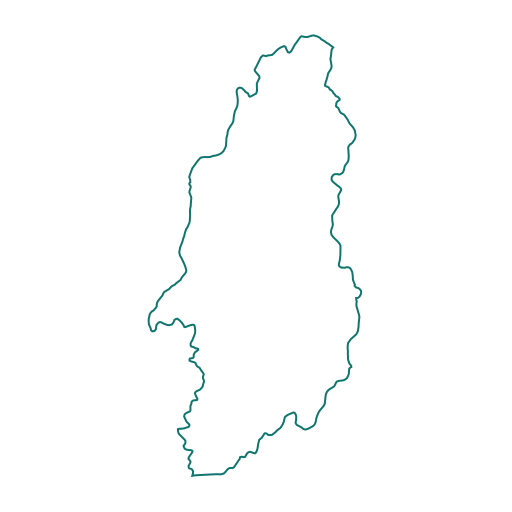 Tomé-Açu, Pará, Brazil (orthographic projection), rotated 172°
{"feature_id": "56859067B82195789600359", "entity_name": "Tomé-Açu", "entity_type": "district", "adm_level": 2, "iso_a3": "BRA", "parent_name": "Brazil", "parent_adm1": "Pará", "projection": "orthographic", "projection_center": [-48.263, -2.66], "detail": "fine", "context": "isolated", "style": "outline", "palette": "teal", "viewbox_px": 512, "rotation_deg": 172, "n_neighbors": 0, "source": "geoboundaries", "source_scale": "gbopen_adm2", "svg_char_len": 6063}
<svg xmlns="http://www.w3.org/2000/svg" viewBox="0 0 512 512"><g transform="rotate(172 256 256)"><path d="M163.3,218.9L162.9,224.0L163.0,226.9L163.8,229.5L164.5,230.8L165.4,231.6L166.7,232.1L168.0,232.3L169.6,232.0L172.9,232.6L174.1,233.4L175.0,234.4L175.2,235.5L175.0,236.7L173.7,239.8L172.3,245.2L170.9,254.4L171.6,256.6L173.0,258.9L176.5,263.4L178.2,266.3L178.5,269.2L177.9,271.2L177.2,272.7L176.4,274.1L175.6,276.0L175.5,277.0L175.5,280.5L175.0,285.2L174.5,286.2L172.5,288.4L170.3,291.1L168.3,293.2L167.3,294.7L166.5,296.5L166.2,298.0L166.3,303.1L165.9,304.8L163.0,308.7L162.4,309.8L162.6,311.1L164.2,313.3L165.2,314.0L169.4,318.7L170.3,320.2L170.5,321.5L170.0,323.6L168.1,325.6L166.4,326.1L163.8,325.7L162.8,325.2L161.5,325.1L159.1,326.1L158.2,326.8L157.0,328.9L155.7,332.4L154.9,333.5L152.4,336.0L151.5,337.3L151.0,338.6L150.3,341.7L149.6,350.7L149.0,351.7L147.2,353.6L146.0,353.9L144.2,355.3L143.5,356.3L142.5,357.2L141.3,359.1L140.5,361.7L140.7,366.5L142.0,369.9L144.3,373.3L145.0,374.5L146.3,378.3L148.6,382.8L149.2,383.8L150.2,384.4L152.3,386.1L152.9,387.4L153.1,388.5L153.9,391.0L154.6,391.9L155.6,392.5L155.9,393.7L155.4,394.8L155.3,396.0L154.7,396.9L153.6,397.9L151.4,399.0L151.3,400.2L152.8,402.1L154.8,403.4L155.3,404.6L156.8,406.8L157.1,408.0L158.6,409.9L159.5,410.4L160.6,412.9L163.9,414.9L163.9,416.0L163.2,417.1L162.8,418.6L161.5,420.8L161.2,422.0L160.4,423.3L159.7,425.5L158.7,427.5L157.1,429.1L155.3,431.6L154.8,433.1L154.7,434.3L154.9,441.0L154.4,442.0L152.5,449.3L152.0,450.3L150.5,451.9L155.1,456.4L156.0,456.9L158.7,459.6L160.7,461.1L161.5,461.9L162.2,463.0L164.0,464.5L166.7,465.8L168.6,466.5L171.1,466.3L174.2,465.7L176.4,465.9L180.5,467.3L181.7,466.6L184.0,464.1L188.2,459.8L192.7,453.8L194.6,452.7L196.0,453.4L197.2,456.7L197.6,458.7L198.5,459.8L199.7,459.8L202.7,459.0L205.2,457.8L207.7,456.1L210.2,454.1L212.1,452.9L216.7,452.9L218.1,452.5L221.1,453.6L222.9,452.6L224.1,451.2L228.9,444.1L231.5,440.5L231.1,438.9L227.7,433.6L227.8,431.7L229.7,429.1L231.2,426.6L232.0,419.5L233.2,416.9L237.6,415.2L239.9,414.6L240.7,415.4L241.2,418.0L243.7,420.1L244.7,421.9L246.8,424.3L248.7,425.0L250.6,424.5L251.8,423.1L252.2,421.9L252.4,420.3L252.2,416.3L252.4,412.4L253.0,409.4L253.7,407.1L254.7,405.3L256.8,402.2L258.4,397.7L259.7,392.6L261.0,390.6L263.6,387.8L265.9,384.8L266.9,382.6L267.3,380.5L268.8,377.1L270.4,369.3L271.4,367.4L273.6,364.4L275.9,362.7L278.4,361.7L281.9,361.1L284.9,361.1L287.1,360.5L290.0,360.6L292.0,361.0L294.1,361.2L295.8,361.2L297.3,361.0L300.3,358.5L306.8,351.8L310.1,345.8L311.1,343.6L310.6,340.0L310.8,338.1L311.9,337.3L312.0,336.1L311.1,334.7L311.0,333.4L312.8,329.6L313.1,328.3L312.6,325.8L312.0,323.6L312.0,322.5L313.8,314.3L314.7,311.7L315.3,308.6L315.5,306.0L316.6,300.3L317.4,298.0L320.2,293.5L321.1,292.8L322.5,290.3L323.9,287.0L324.2,285.9L325.5,283.6L326.9,280.4L330.1,274.7L331.5,270.2L331.2,267.0L330.1,264.3L328.2,258.3L327.4,254.7L327.0,251.6L327.5,249.9L328.5,248.7L332.6,245.0L333.9,242.9L338.9,240.1L340.2,239.0L343.7,237.7L346.8,235.3L352.0,233.1L353.1,231.8L354.1,230.0L359.5,224.9L360.6,223.1L361.1,221.7L361.2,220.1L362.3,218.7L365.2,216.2L366.3,215.9L368.1,214.6L369.3,213.1L371.1,208.3L371.5,204.9L371.4,202.7L370.4,199.1L370.3,197.1L369.1,195.8L366.7,196.0L365.3,197.5L364.7,200.0L364.0,201.7L361.9,203.6L360.6,203.9L359.3,203.7L356.4,201.6L352.9,199.8L351.2,199.6L349.1,199.8L347.9,200.7L346.9,201.8L345.6,204.1L344.3,204.7L342.7,204.9L340.6,202.9L338.7,200.2L337.3,197.4L336.9,195.8L336.0,195.4L330.4,196.7L327.9,196.7L326.9,196.2L326.5,195.1L326.5,191.2L326.9,188.7L327.3,187.6L330.7,181.5L332.5,179.3L333.0,178.1L333.2,176.7L332.8,175.5L331.7,174.9L330.4,174.5L328.5,172.9L327.4,172.7L326.2,172.1L326.3,171.0L329.9,169.1L331.4,167.0L331.8,164.5L332.8,163.7L335.6,163.7L336.4,162.6L336.3,161.5L335.2,160.8L331.6,159.2L330.8,158.4L330.1,155.8L329.4,154.7L327.5,153.2L325.9,149.7L324.5,147.3L324.2,146.1L325.3,143.9L325.6,142.6L325.0,140.4L324.9,139.0L326.0,136.8L326.9,134.4L327.8,133.3L329.8,131.6L331.1,131.1L333.5,130.5L334.8,129.7L335.6,128.8L335.2,126.6L333.9,122.7L334.3,121.7L335.4,121.5L337.2,121.8L338.9,121.4L339.9,120.8L340.3,119.8L340.6,118.6L341.9,116.4L342.3,112.7L343.0,111.3L346.4,110.4L348.6,109.3L349.5,107.2L348.6,103.9L347.7,101.3L345.5,98.5L345.5,97.4L346.3,96.3L347.4,95.9L348.5,95.9L351.0,95.3L355.0,95.4L356.4,95.6L357.4,95.4L357.6,92.8L357.2,90.7L352.2,84.0L351.6,82.5L352.0,80.5L352.7,79.5L354.1,78.3L354.0,76.9L353.5,75.5L352.9,74.6L351.2,73.7L346.7,72.5L346.0,71.4L347.1,69.7L349.0,67.8L350.7,65.8L351.1,64.5L349.5,61.9L349.7,60.6L352.0,57.5L352.1,56.3L351.7,55.0L349.3,53.9L348.3,51.7L348.6,49.8L349.7,47.2L347.1,47.3L337.3,46.5L325.2,45.4L321.6,44.7L320.1,44.8L318.5,45.0L317.1,45.8L314.2,48.4L312.7,49.4L311.2,49.7L308.8,49.3L307.4,49.7L300.3,57.5L299.9,58.9L298.4,59.3L295.8,58.4L294.7,58.6L293.9,59.8L292.1,61.9L291.2,62.5L289.7,62.9L288.6,62.8L286.2,61.4L284.5,60.7L283.2,61.6L281.8,63.9L280.8,66.7L280.2,69.0L278.4,73.5L275.5,75.3L272.2,79.1L271.1,79.1L270.1,78.6L268.7,77.0L266.1,76.6L264.9,76.7L260.7,79.2L260.0,80.0L256.1,82.2L255.0,83.1L252.7,86.0L251.5,88.1L249.9,92.3L249.1,93.0L246.8,94.2L242.2,95.5L240.7,95.8L239.6,95.4L238.7,93.4L238.5,91.2L239.2,87.8L240.0,85.5L239.9,84.5L238.9,82.9L234.6,79.8L233.8,78.7L232.8,77.9L231.3,77.3L228.7,77.6L223.8,79.4L222.6,80.0L221.6,80.8L220.2,82.8L218.9,86.7L217.8,89.1L215.7,92.6L214.2,94.2L209.7,98.3L208.4,100.3L206.4,108.4L205.8,109.8L204.4,111.9L202.6,113.4L197.0,115.9L196.1,116.8L194.2,119.7L193.2,120.5L191.1,120.8L187.9,120.7L186.4,120.8L184.9,121.3L183.0,122.4L181.5,124.4L180.5,126.5L179.3,131.6L178.1,132.4L177.1,132.7L177.0,134.1L178.6,136.7L179.2,140.6L179.2,141.8L178.8,144.1L178.8,145.7L178.2,149.0L178.1,152.1L177.3,156.0L176.8,157.2L173.5,160.6L167.5,164.6L165.6,167.3L164.4,171.2L163.6,175.3L162.1,181.3L162.2,183.4L163.5,192.6L163.1,195.4L162.5,197.1L162.8,198.5L162.7,200.4L161.5,200.2L160.3,200.6L159.1,201.5L157.7,203.3L157.1,204.5L156.9,205.8L156.9,207.1L158.2,209.2L159.0,209.9L161.5,211.1L162.5,212.7L162.1,213.8L163.3,218.9Z" fill="none" stroke="#0f766e" stroke-width="2"/></g></svg>